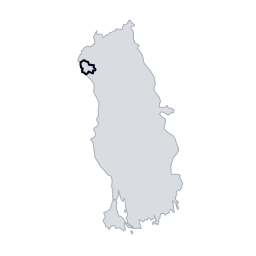 Turkey, with Artvin highlighted, rotated 254°
{"feature_id": "TUR-2298", "entity_name": "Artvin", "entity_type": "Province", "adm_level": 1, "iso_a3": "TUR", "parent_name": "Turkey", "parent_adm1": "", "projection": "albers", "projection_center": [41.741, 41.035], "detail": "fine", "context": "in_parent", "style": "outline", "palette": "ink", "viewbox_px": 256, "rotation_deg": 254, "n_neighbors": 0, "source": "natural_earth", "source_scale": "10m", "svg_char_len": 4671}
<svg xmlns="http://www.w3.org/2000/svg" viewBox="0 0 256 256"><g transform="rotate(254 128 128)"><path d="M194.4,99.4L197.7,100.6L198.8,99.7L201.8,99.8L204.5,100.5L205.9,98.5L207.8,98.7L208.2,99.7L209.1,100.0L211.9,102.5L211.6,102.8L212.3,103.8L214.8,104.3L215.0,105.6L216.9,107.5L218.0,110.4L217.4,112.5L216.4,113.8L218.0,118.2L217.5,118.7L220.5,120.1L224.3,119.8L225.5,120.4L229.2,123.8L230.2,125.1L227.6,123.5L226.2,125.0L225.6,128.4L221.7,129.2L222.3,131.4L223.4,132.4L223.1,134.5L223.4,135.4L224.6,136.7L224.5,138.6L225.0,140.6L225.1,143.0L226.7,143.7L226.0,144.9L224.3,149.8L224.4,150.2L225.7,150.2L228.6,152.4L228.1,153.2L228.5,156.3L231.1,158.2L230.7,159.3L230.8,160.3L229.0,159.9L225.4,162.8L225.0,162.7L224.5,161.8L224.3,159.0L223.4,158.3L222.3,158.2L220.3,159.5L218.5,159.5L216.7,159.3L212.0,157.6L210.2,158.3L208.4,157.6L204.9,161.1L203.8,161.4L203.2,159.7L202.0,158.7L200.4,160.0L194.3,161.7L191.5,161.9L188.0,161.3L185.2,161.5L177.4,165.2L169.9,167.0L163.2,166.6L159.6,164.1L156.8,163.5L148.1,166.7L144.0,166.4L142.6,164.8L139.5,164.0L138.7,165.4L137.8,168.8L138.8,172.0L136.9,172.0L135.7,172.7L135.3,175.0L133.6,175.8L132.9,177.2L132.6,177.2L130.0,175.9L130.8,174.8L129.4,170.3L130.4,169.0L134.0,165.7L134.1,163.6L132.7,162.1L128.2,164.4L127.7,165.4L126.6,166.1L125.0,166.3L117.5,162.3L112.7,164.9L108.4,168.9L105.3,170.2L96.5,170.5L94.9,171.2L92.0,170.0L90.4,168.6L86.9,163.3L79.8,158.7L72.0,156.8L71.2,157.7L70.4,161.5L68.7,164.8L68.0,165.1L66.3,164.0L59.9,165.3L55.0,162.2L54.2,161.1L53.7,156.8L52.9,156.4L52.0,156.8L51.2,156.7L47.7,154.3L45.7,153.9L44.2,155.4L42.1,155.9L42.2,155.4L43.1,154.3L40.0,154.1L38.2,154.6L36.0,153.8L36.2,153.3L38.1,153.0L42.4,153.1L45.5,150.8L35.5,149.3L34.5,149.7L34.6,148.3L35.3,147.7L37.9,147.7L38.0,146.4L36.6,144.9L35.0,144.0L34.7,140.8L33.9,139.9L34.1,139.6L35.8,139.3L36.5,137.2L36.5,135.8L33.5,134.1L32.8,134.1L32.2,132.8L31.0,131.7L29.8,132.2L26.9,129.9L27.7,128.7L28.5,128.9L28.8,127.9L28.5,126.1L28.7,125.3L29.4,125.1L30.2,125.4L30.8,126.6L30.6,128.5L31.2,129.8L32.0,128.8L33.4,129.7L36.0,129.5L36.6,129.1L34.7,128.8L34.1,128.2L33.1,124.8L34.8,124.2L36.2,122.8L34.3,121.4L35.0,119.4L33.6,116.6L36.6,113.9L36.6,113.4L35.8,113.1L28.0,113.1L28.1,111.7L28.9,110.5L29.4,107.5L30.0,106.0L31.5,105.7L33.6,103.7L36.9,101.3L39.8,101.9L41.1,101.3L42.8,101.6L43.1,102.7L44.5,103.8L47.2,104.1L48.6,103.6L47.6,102.0L49.2,101.8L50.3,102.3L49.4,103.7L49.8,103.9L53.3,104.0L56.9,104.9L60.9,105.3L61.5,104.9L58.8,103.0L60.8,101.9L61.9,101.8L70.4,101.7L70.5,101.4L65.5,100.0L63.1,97.9L62.5,96.8L63.4,94.5L64.0,94.0L65.9,94.2L72.0,96.1L76.5,96.1L81.2,98.2L86.0,98.5L87.0,97.9L88.4,95.8L95.5,92.8L98.0,91.1L108.6,88.3L123.8,90.3L126.6,89.0L128.1,89.6L127.6,90.6L127.6,91.5L129.2,93.9L131.9,95.5L135.7,94.6L137.1,95.1L138.2,98.8L140.5,101.1L141.5,101.3L143.1,100.2L144.5,100.1L146.6,101.4L147.4,102.8L154.7,104.6L156.2,105.8L161.1,107.1L172.3,104.9L176.3,106.7L179.7,107.3L181.2,107.1L185.7,105.1L187.1,104.0L189.9,103.0L193.4,100.7L194.4,99.4ZM53.8,81.8L53.3,83.3L53.7,85.2L54.8,87.8L56.2,89.3L63.1,93.7L61.6,96.6L59.7,96.8L53.5,94.4L50.7,95.2L48.9,94.6L46.2,94.7L45.2,96.5L43.0,98.3L37.5,100.0L31.9,104.4L30.4,104.8L31.4,103.2L31.6,101.6L33.9,100.2L37.1,99.3L38.0,98.3L30.7,97.2L30.3,95.5L31.1,95.3L34.0,92.9L34.4,91.8L34.7,89.0L37.8,87.9L38.1,87.3L38.2,84.4L35.7,82.3L35.9,81.6L38.0,81.2L39.4,79.4L42.2,79.5L43.7,78.8L46.2,78.8L48.8,81.7L52.5,81.3L53.8,81.8ZM28.1,103.6L25.6,103.5L24.9,103.0L25.9,102.3L27.8,102.0L28.3,103.0L28.1,103.6Z" fill="#d9dde1" stroke="#a8b0b8" stroke-width="1"/><path d="M204.2,100.6L204.3,100.6L204.5,101.4L204.6,102.0L204.7,102.3L204.8,102.5L205.0,103.0L205.3,104.0L205.0,104.9L204.1,105.4L203.2,106.4L202.6,107.7L201.9,107.8L201.3,107.9L200.6,107.9L199.8,107.9L199.5,108.1L199.1,108.4L199.0,109.0L199.1,109.6L198.8,110.1L198.4,110.6L198.2,111.1L198.2,111.8L197.7,112.5L196.8,112.0L195.9,111.7L195.1,112.0L194.2,112.6L193.2,112.9L192.5,112.3L192.6,111.1L192.9,110.6L192.8,110.1L192.4,110.0L191.1,109.8L190.3,109.3L190.5,108.7L191.5,107.6L191.7,107.4L191.9,107.2L192.0,106.9L192.2,106.6L192.8,106.3L193.1,105.6L192.7,105.3L192.3,105.1L192.2,104.8L192.1,104.6L191.9,104.4L191.7,104.2L191.5,103.8L191.4,103.2L191.1,102.5L191.1,102.4L192.0,101.7L192.3,101.6L192.5,101.5L192.6,101.4L193.0,101.4L193.3,101.2L193.5,100.9L193.6,100.6L193.6,100.3L194.4,99.7L194.5,99.4L195.6,99.9L195.8,100.0L196.1,99.9L196.3,99.8L196.4,100.0L196.5,100.2L196.9,100.3L197.0,100.3L197.5,100.7L197.6,100.8L197.7,100.7L198.1,100.3L198.4,99.9L198.6,99.7L199.0,99.6L199.8,99.9L200.1,99.7L200.3,99.7L200.6,99.7L201.1,99.6L201.4,99.7L201.6,99.9L201.8,99.9L202.3,99.9L204.2,100.6Z" fill="none" stroke="#020617" stroke-width="2"/></g></svg>